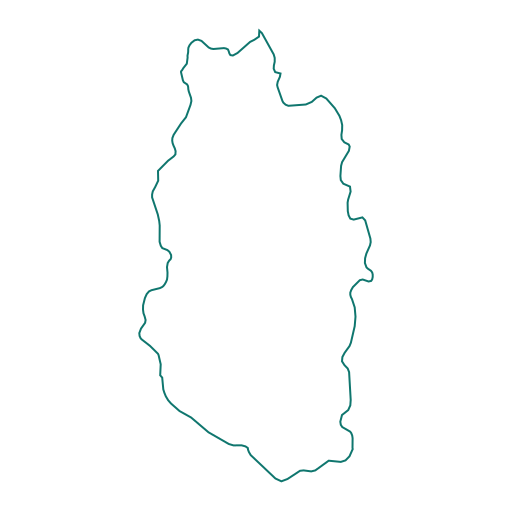 the Metropolitan department of Meuse
{"feature_id": "FRA-5326", "entity_name": "Meuse", "entity_type": "Metropolitan department", "adm_level": 1, "iso_a3": "FRA", "parent_name": "France", "parent_adm1": "", "projection": "orthographic", "projection_center": [5.366, 49.01], "detail": "fine", "context": "isolated", "style": "outline", "palette": "teal", "viewbox_px": 512, "rotation_deg": 0, "n_neighbors": 0, "source": "natural_earth", "source_scale": "10m", "svg_char_len": 2807}
<svg xmlns="http://www.w3.org/2000/svg" viewBox="0 0 512 512"><path d="M259.3,30.7L261.9,33.1L273.7,54.4L274.7,57.9L274.7,61.8L273.9,65.4L273.7,68.7L275.2,72.1L280.5,73.5L279.9,76.8L277.7,81.8L277.1,85.0L277.6,87.2L282.4,100.9L283.3,102.6L285.6,104.7L288.4,105.8L305.8,104.5L311.8,101.9L316.6,97.6L321.1,95.7L326.3,98.5L334.8,108.2L339.4,115.8L341.1,120.2L342.2,125.1L342.1,130.2L341.4,134.9L341.7,139.0L344.3,142.3L348.7,144.5L349.7,146.6L348.9,150.8L342.1,162.1L341.1,165.8L340.4,176.0L340.8,180.1L343.3,183.7L350.0,186.6L350.6,191.6L348.1,199.7L347.6,202.7L347.8,211.2L348.6,215.3L350.3,218.6L353.7,219.6L362.4,217.4L365.2,220.4L370.4,238.6L370.7,242.1L370.0,245.4L366.4,253.5L365.1,258.2L364.9,263.0L366.5,267.4L367.9,268.7L371.0,270.8L372.2,272.5L372.7,274.5L372.7,277.0L372.2,279.3L371.2,280.9L368.6,281.5L362.7,279.5L359.8,280.2L352.9,287.1L351.2,290.1L350.3,292.6L350.3,294.8L350.9,297.0L352.0,299.2L354.7,307.4L355.5,316.7L354.7,326.2L350.9,342.7L349.5,346.1L344.7,352.7L342.4,357.0L342.0,361.3L344.5,365.2L347.7,368.5L349.1,372.1L350.7,400.0L350.3,405.4L348.2,410.1L342.0,415.0L340.3,421.7L340.8,424.8L342.3,427.1L350.1,431.6L351.2,433.0L352.2,435.5L352.6,438.2L352.5,447.9L352.7,449.1L349.5,456.3L345.5,460.4L340.8,461.9L328.7,460.7L315.3,470.4L311.2,471.4L303.6,470.4L300.0,470.8L287.5,479.0L281.4,481.3L275.4,478.5L250.7,455.1L248.9,452.0L248.0,449.6L247.9,448.5L247.8,448.0L245.5,446.4L241.5,445.3L233.5,445.4L228.8,444.0L208.5,432.3L191.1,417.5L179.6,411.1L171.0,403.5L168.2,400.3L165.8,396.3L164.3,392.6L163.3,389.4L162.2,377.6L160.2,375.3L160.7,364.3L158.6,355.2L158.0,353.8L150.0,345.9L141.8,339.5L140.7,338.4L139.6,336.0L139.3,333.1L141.0,328.6L145.1,322.8L145.6,320.0L144.6,316.3L143.5,313.3L143.0,309.5L143.1,305.3L144.9,298.1L146.7,294.1L149.0,291.4L151.5,290.2L159.9,288.1L162.0,287.1L163.3,286.1L164.7,284.3L166.0,282.0L167.0,279.6L167.4,276.5L167.5,272.6L167.0,267.1L167.7,263.0L169.0,260.9L169.8,259.9L170.3,259.6L170.7,259.0L171.2,257.4L171.1,255.0L169.4,251.8L167.4,250.1L162.3,248.1L160.8,245.8L159.6,241.8L159.7,225.5L159.2,221.0L157.8,214.5L152.1,197.4L152.1,194.5L152.8,191.3L155.2,187.0L158.2,180.7L158.0,170.9L168.1,160.7L173.7,156.4L175.4,154.4L175.6,151.2L174.8,148.4L173.5,145.6L172.6,143.1L172.2,140.6L172.4,138.0L173.7,134.7L181.1,123.4L186.0,117.2L190.5,104.9L191.4,101.0L191.0,97.8L188.8,91.5L188.3,89.2L188.2,87.5L188.0,86.1L187.1,84.4L183.8,82.2L182.9,80.3L181.2,73.0L181.0,72.0L181.1,71.3L182.0,70.3L183.4,68.0L186.8,63.7L187.6,57.6L187.5,55.7L188.1,52.6L188.2,51.1L188.2,49.5L188.4,47.7L189.5,45.3L191.4,42.8L194.6,40.3L197.9,39.6L201.5,40.9L208.7,47.5L211.0,48.6L213.4,49.0L223.9,48.1L226.0,48.5L228.0,49.5L228.8,51.5L229.4,53.5L230.4,55.1L232.9,55.5L237.5,53.0L250.1,41.9L254.3,39.8L259.0,36.6L259.3,30.7Z" fill="none" stroke="#0f766e" stroke-width="2"/></svg>